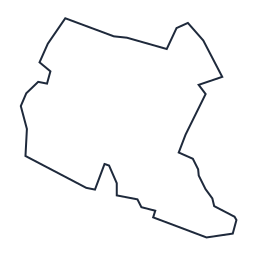 Khiva city, Khorezm, Uzbekistan (Albers equal-area conic projection), rotated 269°
{"feature_id": "79887680B59806370896431", "entity_name": "Khiva city", "entity_type": "district", "adm_level": 2, "iso_a3": "UZB", "parent_name": "Uzbekistan", "parent_adm1": "Khorezm", "projection": "albers", "projection_center": [60.357, 41.382], "detail": "fine", "context": "isolated", "style": "outline", "palette": "slate", "viewbox_px": 256, "rotation_deg": 269, "n_neighbors": 0, "source": "geoboundaries", "source_scale": "gbopen_adm2", "svg_char_len": 649}
<svg xmlns="http://www.w3.org/2000/svg" viewBox="0 0 256 256"><g transform="rotate(269 128 128)"><path d="M164.5,26.9L151.8,21.2L128.8,26.9L101.8,25.0L68.9,85.2L67.0,93.9L92.4,103.9L90.8,108.4L73.0,115.8L60.8,115.6L56.5,136.2L48.6,140.0L44.8,153.8L38.2,151.6L17.2,204.6L20.6,230.9L34.1,234.8L37.4,233.0L48.4,212.8L56.1,211.1L65.6,204.4L79.2,197.9L85.5,197.4L96.1,192.3L102.6,178.3L116.3,183.8L120.5,185.5L160.6,206.2L169.9,199.4L177.5,223.1L214.2,204.8L232.0,189.7L227.1,178.3L206.3,168.1L218.3,128.5L219.9,115.4L238.8,67.2L213.7,49.3L195.2,40.7L186.0,51.4L173.8,47.8L175.7,39.0L164.5,26.9Z" fill="none" stroke="#1e293b" stroke-width="2"/></g></svg>